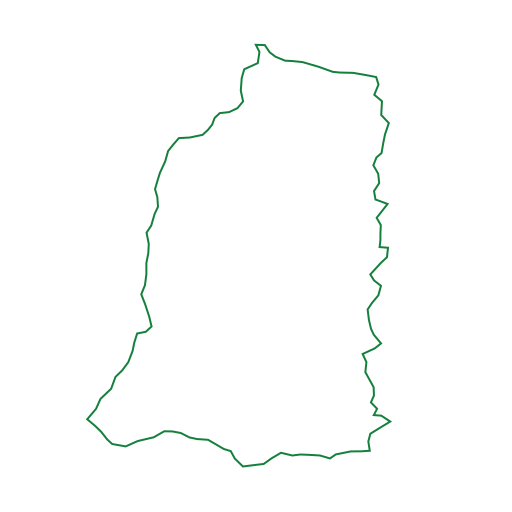 outline of São João de Iracema, São Paulo, Brazil, rotated 96°
{"feature_id": "56859067B93293493081194", "entity_name": "São João de Iracema", "entity_type": "district", "adm_level": 2, "iso_a3": "BRA", "parent_name": "Brazil", "parent_adm1": "São Paulo", "projection": "orthographic", "projection_center": [-50.356, -20.525], "detail": "fine", "context": "isolated", "style": "outline", "palette": "green", "viewbox_px": 512, "rotation_deg": 96, "n_neighbors": 0, "source": "geoboundaries", "source_scale": "gbopen_adm2", "svg_char_len": 1812}
<svg xmlns="http://www.w3.org/2000/svg" viewBox="0 0 512 512"><g transform="rotate(96 256 256)"><path d="M234.0,125.6L234.2,134.0L227.5,133.9L220.8,134.6L212.2,135.1L205.4,140.0L199.1,136.0L190.5,130.6L187.3,143.1L179.1,145.4L170.6,141.1L161.4,143.1L153.5,148.8L145.4,146.5L140.5,141.9L129.7,141.2L121.5,140.4L109.9,137.8L102.7,146.2L88.9,146.9L83.3,155.2L72.7,152.1L65.5,155.2L64.8,162.5L63.7,178.4L64.8,192.0L64.8,199.0L61.2,213.8L58.3,230.0L58.3,239.8L58.7,247.5L55.8,257.4L52.0,263.7L45.3,269.3L46.0,278.2L52.7,273.9L64.0,274.4L71.5,287.2L80.5,288.8L93.2,288.4L103.6,285.0L110.9,289.9L115.7,297.8L117.7,307.0L123.1,311.6L129.8,313.3L135.5,316.9L141.1,321.8L145.1,334.3L146.8,345.0L153.6,349.8L160.8,354.4L171.4,356.2L183.5,360.3L192.3,362.0L200.1,363.4L207.7,360.3L217.3,358.6L224.7,361.2L236.8,363.4L244.2,367.3L255.2,363.9L264.9,363.4L274.4,364.3L285.8,363.1L296.7,363.4L306.1,366.1L315.6,361.2L327.4,355.9L337.0,352.5L342.9,357.7L345.5,366.1L354.9,368.0L363.2,368.8L374.9,371.9L383.9,377.2L390.9,383.1L403.2,386.2L414.3,395.7L424.7,399.1L436.0,406.8L442.0,397.9L447.1,391.5L454.0,384.8L458.0,379.4L459.0,365.7L452.4,354.3L447.0,338.8L439.9,328.9L439.2,320.6L439.9,312.3L443.4,303.2L444.2,295.6L443.8,284.5L447.0,277.3L451.3,267.8L452.7,260.7L459.7,255.9L466.7,247.0L463.8,234.6L462.0,226.6L455.6,219.4L449.1,210.6L450.6,199.0L448.8,191.3L448.2,182.3L447.7,171.6L449.6,161.3L445.0,155.9L440.4,141.2L439.3,131.3L437.8,122.5L428.7,124.9L420.8,123.7L413.7,114.5L406.6,105.2L401.7,114.7L401.9,122.2L395.3,119.6L389.6,126.4L382.4,124.1L374.2,125.3L360.1,135.1L350.0,135.1L342.3,139.7L335.5,128.3L329.9,122.5L322.0,130.6L316.4,134.0L307.8,137.0L297.5,139.4L290.7,135.8L282.3,130.2L272.6,128.6L268.0,136.0L262.4,140.4L250.2,131.4L243.5,125.6L234.0,125.6Z" fill="none" stroke="#15803d" stroke-width="2"/></g></svg>